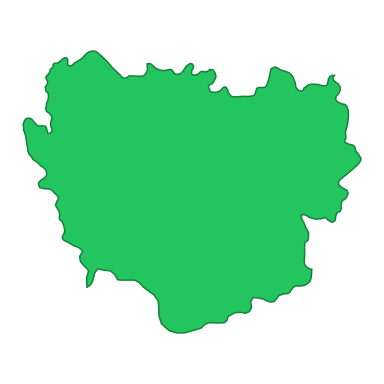 Bykhaw, Mogilev, Belarus
{"feature_id": "67162791B64614066939299", "entity_name": "Bykhaw", "entity_type": "district", "adm_level": 2, "iso_a3": "BLR", "parent_name": "Belarus", "parent_adm1": "Mogilev", "projection": "orthographic", "projection_center": [30.233, 53.459], "detail": "fine", "context": "isolated", "style": "filled", "palette": "green", "viewbox_px": 384, "rotation_deg": 0, "n_neighbors": 0, "source": "geoboundaries", "source_scale": "gbopen_adm2", "svg_char_len": 4937}
<svg xmlns="http://www.w3.org/2000/svg" viewBox="0 0 384 384"><path d="M23.6,130.7L24.2,131.1L25.5,135.8L26.3,139.7L26.6,142.6L27.4,146.9L27.8,150.9L29.2,154.3L31.3,156.5L33.0,159.5L38.4,163.2L40.4,165.6L44.2,168.2L45.9,170.3L46.7,173.3L46.3,175.7L44.7,177.6L42.0,179.5L40.3,180.7L38.5,182.8L38.7,185.0L39.8,187.7L42.9,188.4L45.6,188.8L49.8,189.1L52.3,190.4L53.6,192.2L55.3,193.8L57.4,195.7L58.4,197.8L58.0,199.7L57.0,201.1L55.9,203.9L55.7,205.8L57.5,208.6L59.2,211.8L59.7,214.3L59.3,216.6L59.5,219.4L61.9,221.3L62.7,223.2L63.6,225.3L64.2,227.4L64.7,230.8L64.6,232.4L63.5,234.4L62.4,236.7L62.5,238.3L63.9,240.3L66.1,241.4L69.8,243.3L72.2,244.9L74.0,245.9L75.7,246.4L77.8,247.1L80.4,248.9L82.2,250.4L82.3,252.3L81.6,253.4L80.1,255.5L79.7,256.8L79.9,258.8L80.6,261.8L83.2,265.0L87.2,268.9L88.4,270.9L87.8,274.0L86.8,276.5L86.6,282.3L87.0,287.2L87.5,287.0L90.7,284.7L92.8,280.7L93.7,277.2L94.8,272.7L97.8,268.8L103.9,270.2L110.5,270.9L114.6,274.4L117.8,279.8L120.7,280.1L126.9,280.1L131.9,280.1L135.1,280.3L139.2,282.6L143.2,286.9L154.2,295.2L158.2,301.1L158.7,306.5L158.9,315.7L161.4,323.6L166.2,328.2L169.8,330.9L176.9,333.0L185.1,332.8L189.9,331.4L195.6,329.8L201.3,328.0L204.5,324.6L209.0,322.7L217.5,323.0L222.0,322.9L224.8,322.5L227.3,319.7L227.9,316.8L234.8,312.7L239.3,312.4L241.6,312.4L245.5,313.3L249.1,311.7L250.5,309.7L251.6,306.9L250.7,301.7L252.5,298.3L253.6,297.6L258.2,298.0L262.7,298.9L266.8,300.8L270.3,302.1L274.1,301.6L276.6,298.7L278.9,295.5L283.7,293.9L288.0,293.6L289.6,292.3L291.2,290.2L293.0,287.5L295.7,285.9L300.2,286.1L304.3,285.4L307.5,283.8L310.2,281.0L311.1,278.0L311.6,273.7L311.8,269.3L310.8,269.3L309.2,268.6L306.8,267.2L305.0,265.1L304.3,262.6L304.7,253.4L304.5,246.9L305.0,242.4L307.9,240.5L308.6,236.0L308.6,232.9L307.0,229.7L305.7,227.3L303.8,222.3L301.7,219.2L301.4,215.5L303.5,214.4L306.4,215.5L309.3,217.3L312.2,218.3L315.7,219.1L319.5,218.9L321.3,218.7L324.4,217.7L325.7,217.8L327.7,219.8L331.4,222.1L333.0,222.0L334.7,221.0L335.4,219.5L335.6,217.5L336.2,214.5L337.3,212.9L340.4,211.0L341.4,208.2L341.1,206.4L341.2,204.1L341.8,201.7L342.7,200.3L344.4,199.6L345.8,198.3L346.6,197.1L347.8,194.6L348.0,192.9L346.9,190.2L344.9,189.2L343.3,188.4L341.6,187.2L340.1,186.0L339.0,184.9L338.6,183.6L338.6,181.6L339.5,180.3L340.7,179.1L347.3,173.9L354.7,167.5L358.2,164.3L360.4,161.1L361.0,158.5L359.6,155.9L357.8,153.3L355.8,151.0L355.4,149.0L354.6,146.8L353.0,145.2L351.4,144.8L349.0,144.2L345.3,142.6L344.6,140.3L345.8,139.0L345.8,135.8L345.4,132.7L346.1,129.2L346.7,127.7L347.7,123.1L348.1,119.6L348.5,115.4L348.3,110.5L346.9,106.6L345.1,104.4L343.4,104.3L339.5,102.9L336.7,101.3L335.6,98.6L336.2,96.4L338.7,93.6L340.2,90.0L340.1,86.6L338.3,84.1L335.7,82.1L333.5,80.3L333.0,77.8L334.4,75.4L331.4,75.6L330.2,76.3L328.6,78.5L328.1,80.8L327.6,83.7L326.7,85.1L325.3,85.7L323.1,85.9L320.7,85.3L318.3,84.5L316.1,84.3L312.4,84.1L309.2,84.6L307.1,85.7L305.6,87.2L303.8,88.2L303.3,90.2L302.4,90.8L300.7,91.1L299.3,90.7L296.5,88.4L295.8,86.7L295.5,84.4L294.9,81.8L293.7,78.8L292.7,76.3L288.9,72.6L285.3,71.3L282.7,70.6L280.5,69.7L278.9,68.9L276.6,67.4L274.5,67.1L271.2,68.7L270.4,71.4L270.0,73.5L269.6,76.1L268.6,79.8L267.3,83.5L266.6,85.0L266.0,86.3L264.7,87.4L263.0,87.5L259.8,87.5L257.0,88.1L255.8,91.3L255.1,93.8L254.2,95.4L250.4,96.3L246.4,96.5L243.0,96.3L237.8,96.7L232.9,96.9L230.8,95.9L228.4,92.6L227.5,89.5L226.3,87.5L224.6,86.9L223.0,87.8L221.6,89.4L220.2,90.6L217.2,92.0L215.1,92.3L211.3,92.1L210.3,91.2L208.4,86.8L209.0,85.2L211.9,83.9L213.5,82.2L214.5,80.3L215.9,77.2L215.8,75.3L214.8,72.6L213.0,70.0L211.7,69.7L209.9,69.5L208.2,71.0L206.1,71.8L203.5,71.7L201.8,71.3L200.0,72.2L198.0,74.3L194.0,75.2L191.6,74.1L191.7,70.7L193.1,68.6L193.6,65.7L191.8,63.7L189.8,63.6L186.4,66.1L185.0,68.1L183.1,71.0L180.9,73.4L178.7,74.3L175.1,74.1L172.5,70.7L170.9,69.4L169.0,69.6L165.4,70.4L162.3,70.5L159.5,69.9L157.9,69.3L154.8,67.5L151.7,64.6L149.9,63.5L148.3,63.5L147.1,63.8L147.2,65.9L147.5,69.5L146.7,71.8L145.7,73.8L144.4,75.1L142.8,76.1L138.6,76.2L134.9,76.1L130.6,75.8L129.0,76.0L127.0,77.5L125.5,78.1L124.6,78.3L123.8,78.3L122.7,77.6L121.5,76.6L119.6,74.4L115.9,71.1L111.5,66.7L108.2,62.6L101.8,56.3L98.3,53.4L96.1,51.5L93.7,51.0L91.5,51.1L88.6,52.1L86.1,53.9L84.4,55.8L82.1,58.4L79.9,59.7L77.3,61.5L75.8,62.1L74.2,63.2L73.3,64.3L71.9,65.4L70.8,65.9L69.5,65.9L67.7,65.0L67.7,64.1L67.7,61.8L67.8,59.9L66.6,57.9L64.8,57.7L63.5,58.3L61.9,59.7L60.3,61.1L58.9,62.1L57.7,63.1L55.3,63.1L54.1,63.5L53.1,64.5L53.1,66.7L51.7,68.5L50.4,69.1L50.3,69.6L49.8,72.0L48.2,74.5L47.1,75.3L45.8,77.2L46.5,79.4L47.7,81.5L47.2,84.3L45.3,86.8L45.9,91.0L48.3,93.5L48.4,97.5L47.8,100.8L46.5,103.2L46.3,105.5L45.8,108.7L46.4,111.4L49.4,113.3L52.1,117.1L51.3,120.2L50.5,124.1L50.9,126.5L52.2,130.1L51.2,132.2L50.0,133.5L47.9,133.3L46.6,128.7L45.6,126.3L42.4,125.8L38.9,126.1L36.7,125.0L34.3,122.3L31.8,119.2L29.0,118.0L26.1,118.7L24.5,120.5L23.0,124.7L23.7,127.1L23.6,130.7Z" fill="#22c55e" stroke="#15803d" stroke-width="1.5"/></svg>